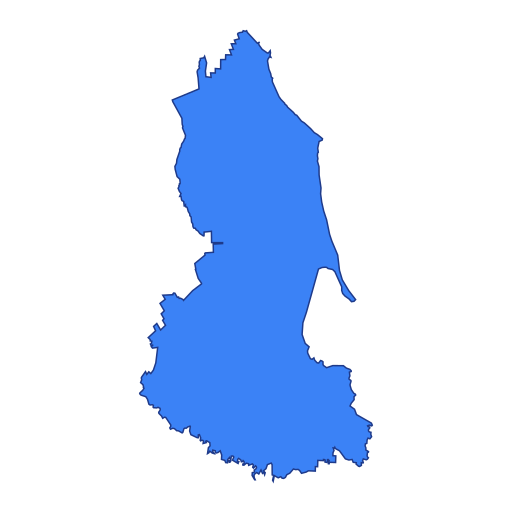 outline of Pajapan, Veracruz, Mexico
{"feature_id": "50627088B83273722146736", "entity_name": "Pajapan", "entity_type": "district", "adm_level": 2, "iso_a3": "MEX", "parent_name": "Mexico", "parent_adm1": "Veracruz", "projection": "equal_earth", "projection_center": [-94.667, 18.219], "detail": "fine", "context": "isolated", "style": "filled", "palette": "blue", "viewbox_px": 512, "rotation_deg": 0, "n_neighbors": 0, "source": "geoboundaries", "source_scale": "gbopen_adm2", "svg_char_len": 6070}
<svg xmlns="http://www.w3.org/2000/svg" viewBox="0 0 512 512"><path d="M355.6,299.6L348.7,290.6L342.3,279.9L339.5,270.5L337.7,255.1L331.8,241.0L329.6,234.4L326.6,219.8L323.7,211.0L321.7,202.1L320.6,193.8L321.0,188.0L319.1,175.0L319.0,166.7L317.4,161.1L317.9,158.7L317.4,155.8L317.6,153.1L318.3,152.3L317.7,148.2L319.1,141.5L322.2,140.1L322.5,138.7L317.5,134.6L314.2,132.6L310.6,128.6L304.3,122.9L301.4,121.1L296.7,115.2L295.2,114.7L293.4,112.4L287.6,107.2L286.6,105.4L285.0,104.3L284.7,103.3L280.9,99.4L279.0,96.7L272.4,81.9L272.2,79.0L272.7,78.2L271.3,77.0L270.7,73.7L268.9,69.2L267.5,61.0L268.0,59.1L269.5,56.9L270.9,57.3L270.0,55.3L270.5,52.9L270.2,50.7L268.5,52.9L267.3,53.0L262.1,49.3L259.1,45.1L258.5,43.2L259.6,42.0L257.4,43.3L247.3,32.4L246.6,30.7L245.4,31.3L243.2,30.7L242.2,32.7L242.3,32.2L239.6,32.6L238.0,33.3L237.6,34.1L239.2,38.8L234.4,40.1L235.8,43.7L231.3,43.8L233.4,49.4L229.5,49.6L231.5,54.9L225.7,54.8L225.5,59.5L220.7,59.6L220.6,68.9L215.3,68.5L215.3,73.0L210.6,72.9L211.1,77.4L205.9,76.7L205.4,71.1L206.6,62.9L204.6,56.3L203.8,57.8L200.2,58.5L200.3,60.5L199.6,61.0L199.2,62.1L199.4,64.6L198.9,66.3L199.5,68.1L197.6,70.1L197.1,71.8L198.1,77.8L199.0,88.9L172.3,100.0L172.8,101.7L181.9,118.3L182.2,124.3L182.9,126.4L182.5,127.9L185.5,135.3L185.1,138.5L184.5,138.9L183.7,141.1L181.7,144.0L181.0,147.6L180.2,148.1L179.7,149.9L179.8,151.0L176.9,159.5L176.5,163.3L174.9,166.4L175.2,169.4L177.1,176.6L179.8,179.2L180.2,183.2L179.4,183.8L179.6,184.5L178.9,185.4L179.0,186.5L178.1,188.3L179.5,191.6L181.0,193.5L179.7,196.4L181.0,196.3L181.5,199.6L182.0,200.6L183.7,201.5L184.2,206.0L184.9,206.0L185.5,205.1L185.6,206.8L186.8,207.1L187.3,207.9L188.3,211.6L189.7,213.8L189.9,215.7L191.1,217.0L191.6,222.1L192.7,223.8L193.0,226.7L193.7,228.1L195.4,228.3L196.0,229.7L198.1,231.1L199.8,233.5L203.3,235.9L204.0,235.8L204.1,232.1L211.4,231.3L211.6,242.6L222.6,242.6L222.6,243.6L213.2,244.1L213.4,252.3L205.3,252.9L204.8,253.4L205.0,255.1L194.8,263.5L195.8,269.2L195.4,269.4L198.2,278.4L201.5,283.2L201.5,283.9L192.7,290.6L183.5,300.4L183.0,299.5L180.5,298.2L179.2,298.4L178.6,297.0L177.3,297.3L174.9,293.2L173.7,293.0L173.0,293.7L172.9,294.7L162.8,295.2L165.2,299.3L160.0,303.4L164.3,310.8L161.2,313.8L164.0,318.8L162.6,320.3L165.5,325.3L160.6,330.0L156.8,323.5L153.6,326.4L155.6,330.8L148.2,337.6L150.3,339.7L150.2,340.9L151.8,341.2L151.4,343.5L150.4,344.0L151.4,346.2L153.2,344.6L151.3,346.6L152.5,348.1L157.7,347.4L155.8,362.9L153.4,370.1L150.8,373.6L148.8,371.8L146.8,374.4L145.5,371.6L141.7,377.0L141.3,377.9L141.7,379.8L140.6,382.6L142.9,384.6L143.5,386.5L143.3,387.3L144.0,388.2L142.8,390.2L140.0,392.8L139.7,393.4L140.1,394.3L141.0,395.1L145.8,396.7L147.5,399.3L148.9,404.2L150.1,405.0L152.2,404.7L153.4,405.3L153.1,407.2L153.6,407.7L156.8,407.9L158.0,407.3L160.0,408.3L160.3,409.2L159.9,410.5L158.7,412.2L158.9,413.4L161.6,416.1L162.7,418.3L164.5,417.2L165.7,417.4L166.6,418.7L170.8,425.0L170.7,426.4L169.8,427.9L170.5,429.2L172.7,428.3L174.4,428.6L176.7,430.7L178.4,430.8L182.1,432.9L182.8,432.4L183.9,428.8L184.6,428.2L186.5,428.1L187.6,427.0L190.0,426.1L190.3,426.6L189.6,431.0L190.9,434.7L197.2,437.7L198.3,437.7L198.3,434.9L199.4,434.6L200.7,437.9L200.2,440.3L200.7,440.9L201.7,440.2L203.0,440.5L203.5,441.1L203.1,443.5L206.3,442.6L205.7,441.2L206.6,440.8L209.8,442.6L210.1,445.8L208.4,447.7L207.5,453.6L208.8,452.8L209.8,451.2L212.2,453.0L214.1,453.6L212.6,451.3L212.8,450.1L215.3,450.8L215.4,452.8L216.2,453.0L218.0,452.5L220.2,450.8L221.7,455.0L221.5,459.4L224.8,460.4L225.7,462.6L227.4,462.8L227.6,459.6L229.5,457.5L230.5,459.8L229.9,460.9L228.9,460.7L229.2,462.3L229.9,462.2L230.6,461.4L231.3,456.1L232.9,456.0L233.8,457.0L232.5,460.2L238.1,463.5L238.8,461.6L237.4,461.6L237.7,459.4L238.6,458.4L240.7,459.8L241.4,461.8L242.5,461.6L243.1,460.6L244.0,461.5L244.2,463.7L242.9,464.0L242.8,465.0L243.9,465.2L246.3,463.2L248.6,463.7L248.7,465.3L252.4,463.9L253.4,464.9L252.7,467.3L253.5,468.1L255.5,465.8L256.3,466.5L256.5,467.8L255.8,469.0L254.2,470.1L254.5,471.7L254.0,472.3L252.3,472.6L252.1,475.4L254.7,479.8L255.2,479.8L254.2,477.6L254.0,475.5L254.7,474.0L256.7,472.5L258.8,474.0L261.0,470.0L262.5,473.4L263.8,472.4L264.6,474.7L265.2,472.7L263.5,470.8L266.0,468.7L267.4,464.6L271.2,463.1L272.1,464.6L272.2,474.9L273.7,475.4L272.6,480.2L273.2,481.3L274.3,475.6L278.2,477.8L280.8,476.7L282.1,478.2L283.7,478.4L285.4,477.4L286.8,474.7L289.8,473.2L293.4,469.0L295.6,469.6L298.1,469.4L299.6,470.5L301.5,473.3L306.1,472.1L308.4,470.8L315.3,471.1L315.4,466.6L317.6,466.7L317.8,460.4L323.5,460.6L323.5,459.5L324.5,459.6L325.2,460.1L325.0,462.0L326.5,462.4L327.5,461.7L327.5,459.6L328.1,459.5L329.2,460.6L328.1,462.3L328.3,463.7L329.1,463.8L329.6,462.3L335.6,462.5L335.8,455.9L332.9,455.7L333.0,452.8L334.0,450.4L333.2,447.9L334.4,448.1L334.8,447.3L335.3,448.5L339.5,450.8L345.4,458.9L348.9,460.0L352.1,459.5L353.2,462.3L356.3,462.7L356.1,464.1L358.5,466.2L359.5,466.5L361.4,465.4L361.3,462.6L363.0,463.0L363.3,462.5L362.6,460.7L363.3,458.9L366.2,459.8L367.3,459.3L368.4,457.8L367.4,456.8L367.1,455.6L367.5,452.1L368.4,452.1L368.5,451.6L365.8,449.9L365.9,447.9L365.1,445.9L365.4,443.8L366.8,443.4L367.1,440.0L368.0,438.1L369.9,438.8L371.6,436.7L370.8,434.3L371.0,432.3L369.3,431.9L368.5,430.9L368.5,429.6L369.8,427.9L369.6,427.0L368.0,426.6L367.6,425.8L369.3,425.1L371.7,425.9L372.3,425.2L371.4,423.1L356.5,414.6L354.5,409.2L350.0,406.0L351.2,403.3L354.1,399.7L354.0,396.7L355.7,395.0L355.3,394.1L353.8,393.3L351.3,389.6L350.2,385.8L350.0,384.8L351.0,381.3L350.9,380.5L349.1,379.2L349.0,378.1L349.9,375.9L349.4,372.1L351.2,371.5L351.2,370.8L349.9,369.4L346.4,368.1L343.4,365.7L332.8,365.6L326.6,367.7L323.5,365.5L323.0,364.4L323.0,361.8L322.0,361.0L320.6,360.5L318.7,363.0L317.1,362.8L314.7,360.2L313.9,357.9L312.1,359.3L310.4,358.7L307.7,353.1L307.5,350.8L309.1,346.8L305.2,343.4L302.1,334.5L302.9,322.8L306.4,312.3L318.5,269.0L322.0,267.5L325.3,267.2L326.7,267.4L328.0,268.5L332.6,269.5L334.9,271.7L341.7,286.8L341.7,290.4L342.7,293.5L344.9,296.0L349.1,299.0L351.5,301.7L354.0,301.3L355.6,299.6Z" fill="#3b82f6" stroke="#1e3a8a" stroke-width="1.5"/></svg>